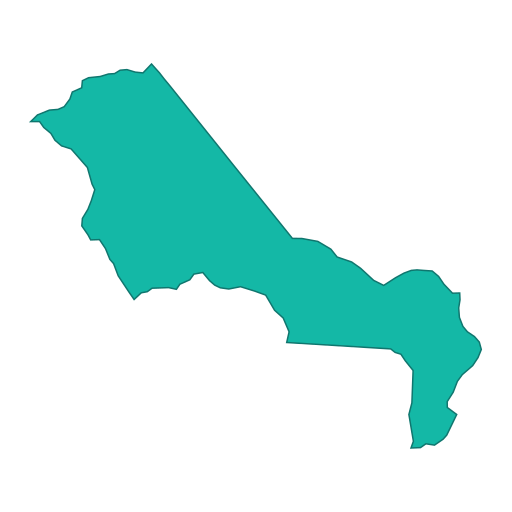 the district of Tuparetama, Pernambuco, Brazil
{"feature_id": "56859067B75431744769598", "entity_name": "Tuparetama", "entity_type": "district", "adm_level": 2, "iso_a3": "BRA", "parent_name": "Brazil", "parent_adm1": "Pernambuco", "projection": "mercator", "projection_center": [-37.256, -7.697], "detail": "fine", "context": "isolated", "style": "filled", "palette": "teal", "viewbox_px": 512, "rotation_deg": 0, "n_neighbors": 0, "source": "geoboundaries", "source_scale": "gbopen_adm2", "svg_char_len": 1458}
<svg xmlns="http://www.w3.org/2000/svg" viewBox="0 0 512 512"><path d="M456.7,414.5L447.3,407.5L447.2,401.6L453.2,392.2L457.4,381.3L462.3,374.6L472.7,365.6L478.0,357.6L481.3,349.5L479.3,342.1L474.5,336.6L467.4,331.8L462.9,326.4L459.4,317.4L458.7,307.9L460.0,299.8L459.7,293.0L452.5,293.2L443.9,284.2L438.6,276.4L432.2,271.0L423.3,270.4L417.0,269.9L411.3,270.4L404.0,273.1L395.6,277.7L383.7,285.4L373.7,280.4L360.6,268.3L351.7,262.0L337.1,257.0L330.9,249.2L317.8,241.4L301.9,238.5L292.4,238.4L232.2,163.6L170.1,86.1L163.9,78.6L159.5,72.9L151.5,64.0L143.0,72.9L135.2,72.1L126.9,69.6L120.1,70.2L114.6,73.6L108.4,74.0L100.2,76.5L88.6,77.7L82.4,80.7L81.7,87.8L72.3,92.0L69.9,99.0L64.2,106.7L58.0,109.4L49.4,110.1L37.5,114.9L30.7,121.6L39.6,121.6L43.8,127.5L50.9,133.4L55.0,140.3L61.6,145.9L71.1,148.9L87.4,167.5L92.1,184.2L94.8,189.6L91.3,200.7L87.9,209.3L82.4,218.4L81.8,225.9L87.9,234.7L90.7,239.9L99.5,239.6L105.5,248.6L109.9,259.4L113.6,263.6L118.2,275.8L129.2,292.4L134.1,299.5L141.3,292.8L147.3,291.7L152.1,288.2L168.6,287.6L176.4,289.3L179.9,284.2L189.8,279.8L193.9,274.1L202.8,272.5L209.6,280.7L214.7,285.1L220.3,287.8L228.8,289.0L240.5,286.7L254.7,291.1L265.7,295.1L274.6,310.3L283.2,318.0L289.1,331.8L286.7,342.5L390.7,348.9L395.1,352.4L400.9,354.2L405.3,360.8L413.1,370.5L411.9,402.8L408.9,414.5L413.4,441.3L411.0,448.0L420.5,447.6L425.9,443.8L434.5,445.1L443.1,439.2L446.7,435.2L456.7,414.5Z" fill="#14b8a6" stroke="#0f766e" stroke-width="1.5"/></svg>